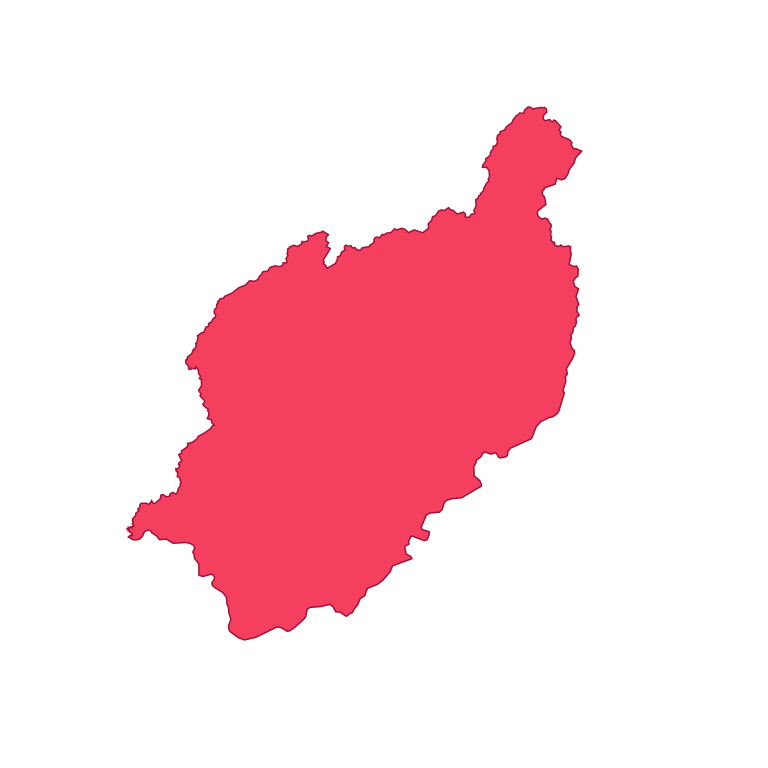 outline of Kapuas Hulu, Kalimantan Barat, Indonesia, rotated 324°
{"feature_id": "22746128B82886709098386", "entity_name": "Kapuas Hulu", "entity_type": "district", "adm_level": 2, "iso_a3": "IDN", "parent_name": "Indonesia", "parent_adm1": "Kalimantan Barat", "projection": "orthographic", "projection_center": [113.006, 0.834], "detail": "fine", "context": "isolated", "style": "filled", "palette": "rose", "viewbox_px": 768, "rotation_deg": 324, "n_neighbors": 0, "source": "geoboundaries", "source_scale": "gbopen_adm2", "svg_char_len": 6147}
<svg xmlns="http://www.w3.org/2000/svg" viewBox="0 0 768 768"><g transform="rotate(324 384 384)"><path d="M677.1,256.8L676.4,254.5L674.8,254.1L674.0,252.8L668.2,249.7L666.8,249.8L664.5,245.3L662.9,244.5L658.4,245.1L657.0,246.7L655.6,246.8L653.0,244.4L650.5,245.2L649.0,244.6L643.2,246.3L641.5,247.7L633.8,247.9L631.0,249.4L626.3,248.2L624.6,249.8L621.9,249.7L619.5,251.8L617.8,255.3L614.8,256.7L612.0,255.9L610.5,257.8L606.3,259.1L604.5,261.4L598.6,261.6L597.6,263.4L592.5,265.0L591.0,266.6L594.3,268.9L594.5,273.0L591.2,278.3L588.7,279.5L588.6,281.1L584.6,282.0L579.3,284.6L578.0,286.3L573.9,286.7L573.4,287.7L571.3,287.5L569.0,289.1L566.4,288.8L563.5,293.9L558.4,296.7L558.5,299.0L557.5,299.4L554.8,298.0L550.6,299.0L547.9,296.8L549.8,294.1L549.3,291.7L543.0,289.4L542.0,283.8L540.2,282.6L539.9,279.3L534.8,279.2L532.6,276.8L529.9,276.2L524.8,278.1L521.5,277.2L518.9,279.5L514.1,280.3L511.5,284.2L504.2,284.4L499.2,277.2L492.9,276.0L491.9,271.1L490.0,268.5L485.2,267.0L483.6,264.6L479.0,265.6L474.3,263.3L471.9,263.5L470.4,261.9L466.4,263.1L464.5,260.8L462.6,260.4L460.4,261.5L459.7,263.3L455.5,263.8L454.7,263.3L452.9,264.3L446.6,261.0L443.1,261.9L440.7,258.8L440.7,256.4L439.0,255.9L438.3,254.5L438.6,252.8L435.7,251.2L434.6,249.1L432.5,249.8L430.8,252.8L427.7,252.2L423.9,254.5L420.9,253.9L419.6,255.8L415.4,258.0L405.8,256.8L406.5,253.9L405.8,251.0L407.2,250.2L407.5,248.1L420.2,242.9L418.3,238.7L422.3,237.2L421.2,233.9L423.5,231.3L426.9,230.6L424.2,224.2L423.0,224.5L417.2,222.0L412.5,221.9L411.1,219.8L409.0,219.7L407.9,222.9L405.7,223.2L402.0,221.7L401.8,220.7L400.7,220.8L400.0,222.1L396.6,222.2L394.5,221.5L392.7,218.8L388.1,217.6L387.2,218.4L385.8,218.0L381.9,222.2L381.8,223.6L378.3,225.0L377.4,228.3L376.2,228.7L373.6,226.6L372.3,228.2L370.0,228.3L367.1,226.6L366.0,224.7L361.6,223.0L359.9,222.8L356.1,224.4L352.8,222.2L351.1,222.1L350.5,223.0L346.4,223.7L343.8,225.2L340.1,225.1L335.8,221.4L330.3,222.6L323.4,220.8L314.3,221.1L306.6,219.4L304.4,220.3L301.3,218.6L299.4,219.7L298.0,219.5L297.0,221.3L295.7,221.1L293.2,223.9L291.2,224.0L289.2,225.4L288.3,227.2L288.8,228.7L286.5,231.1L284.7,230.5L279.8,232.7L279.2,231.9L277.6,232.1L276.0,234.1L273.3,233.4L268.4,236.3L266.9,235.3L261.2,235.4L261.0,236.9L257.6,240.0L255.5,240.6L254.4,242.8L251.7,244.3L250.0,244.0L246.4,246.4L240.8,246.7L240.0,247.8L237.6,248.2L236.0,250.8L236.3,254.8L234.9,256.5L235.1,258.0L236.6,258.6L237.5,257.8L240.1,260.9L242.0,259.5L242.0,263.7L240.1,266.5L240.2,269.9L237.8,271.0L238.8,273.1L235.4,278.1L230.2,280.2L230.1,284.4L228.4,285.2L228.2,286.4L229.1,291.6L227.9,293.4L225.5,293.9L225.6,297.0L227.1,301.1L225.6,301.7L225.8,303.8L223.6,306.5L220.6,308.1L223.3,311.5L222.0,313.8L222.3,317.6L220.7,316.9L217.1,318.2L208.8,318.0L203.1,317.1L200.7,318.4L194.1,318.5L190.2,316.6L189.6,318.7L188.8,318.3L187.9,319.2L180.8,319.1L179.5,321.0L176.5,320.4L175.1,327.3L171.6,327.3L170.4,328.5L171.1,329.6L169.2,330.9L167.1,331.2L165.8,330.0L164.5,332.9L165.6,333.9L162.3,337.4L163.7,340.4L162.6,341.4L162.0,344.5L160.6,344.7L159.7,346.5L155.9,347.8L152.9,350.4L150.9,350.7L149.5,347.6L146.5,347.1L144.8,348.6L141.6,347.4L140.3,343.6L138.4,342.7L135.3,345.5L128.4,345.9L126.9,344.1L127.5,341.8L123.0,343.3L121.7,340.8L117.4,337.8L115.7,338.1L113.9,340.1L111.2,340.6L111.3,342.5L107.5,342.6L105.6,344.4L101.7,345.3L100.1,346.8L100.1,348.2L98.3,349.0L98.3,352.0L96.7,351.4L96.0,352.4L95.3,350.7L94.1,350.9L93.1,349.7L92.8,350.8L91.2,349.9L90.9,350.5L91.5,351.7L90.7,352.5L91.6,352.9L91.3,354.5L92.2,355.2L91.7,357.1L90.7,357.4L91.8,358.9L89.1,357.3L87.2,357.5L89.3,362.3L92.0,364.6L95.2,365.8L99.1,365.2L103.8,362.5L107.7,363.9L109.0,365.5L108.6,367.8L110.7,373.2L110.9,378.0L116.7,381.5L119.7,388.8L130.4,395.7L133.2,398.6L135.2,402.5L134.5,405.3L130.4,407.7L130.2,410.0L128.2,413.9L128.4,420.9L121.9,429.9L124.4,433.3L132.2,436.2L133.3,437.5L133.6,440.4L131.7,442.3L128.2,443.4L126.8,445.7L127.2,448.6L131.0,457.9L131.1,463.9L127.6,469.9L126.8,473.4L124.2,477.5L121.7,484.5L116.1,488.2L114.1,491.8L113.9,493.7L116.9,503.3L120.5,508.9L131.4,513.6L154.6,517.6L157.8,520.9L160.2,527.0L162.4,528.2L168.1,528.5L181.3,527.1L184.0,526.1L189.7,520.9L193.0,521.3L202.2,527.0L210.5,530.4L211.8,533.8L211.1,540.0L214.3,542.6L216.6,549.1L217.9,550.1L221.3,549.6L223.7,550.4L228.4,548.2L232.4,547.4L238.4,543.7L244.4,543.9L247.9,540.9L250.9,539.7L260.8,542.2L267.4,542.1L278.4,539.6L284.0,536.1L303.9,541.7L304.3,539.6L302.1,534.3L304.9,528.4L305.8,527.5L310.1,528.3L311.3,525.8L316.0,523.2L317.5,523.6L324.5,534.4L327.3,535.3L332.0,532.4L333.8,530.1L329.3,524.1L329.8,521.8L341.4,514.8L345.5,515.5L353.4,520.2L357.2,519.8L362.6,515.7L365.8,514.8L371.3,516.6L380.0,521.7L402.6,523.8L403.8,522.6L404.7,518.4L402.9,511.4L408.2,503.5L411.7,502.1L414.0,500.0L419.2,499.9L424.0,498.0L425.6,498.3L429.4,503.6L433.6,505.1L434.2,506.5L433.6,510.7L434.7,512.1L440.0,514.6L441.9,514.2L445.0,511.2L448.3,510.2L471.2,514.9L482.1,508.0L488.9,506.6L498.2,508.3L501.2,509.7L505.4,509.9L509.1,509.0L524.6,497.3L525.0,494.4L532.5,488.9L535.1,484.6L538.1,483.8L540.7,478.7L551.2,474.4L556.3,471.3L557.6,468.7L557.0,466.3L558.8,459.8L562.4,457.4L564.3,453.8L566.8,453.5L570.1,449.9L573.2,449.4L576.5,446.7L576.8,445.0L578.6,443.3L582.2,443.2L583.1,437.8L586.4,434.6L588.2,434.3L590.7,426.1L597.3,421.4L595.7,417.4L597.4,412.3L601.1,410.7L604.3,410.7L608.7,405.1L609.0,401.5L606.5,400.6L604.1,396.0L612.0,388.9L612.8,386.2L615.6,382.6L614.8,381.0L609.7,378.3L608.7,375.5L607.5,375.9L605.5,374.6L603.5,371.9L605.1,370.2L605.0,369.1L603.9,369.0L603.7,365.7L606.2,363.3L606.4,361.3L609.0,358.7L608.7,357.0L612.4,354.5L613.0,352.5L612.5,351.5L613.3,346.7L611.6,344.3L608.4,343.1L607.3,339.0L608.8,335.2L610.4,334.4L620.5,333.9L623.7,327.3L623.7,323.1L625.7,321.0L628.0,320.7L628.9,319.6L639.9,322.9L644.7,319.2L647.8,323.3L651.0,324.2L656.1,322.2L660.1,319.3L667.8,316.9L671.6,313.8L680.8,311.8L677.6,306.5L675.7,305.1L676.0,300.6L677.9,299.2L677.7,295.3L673.1,288.1L673.3,285.5L675.1,284.4L675.1,281.4L678.3,279.9L677.5,271.9L676.7,270.4L675.0,270.9L673.5,269.6L673.5,267.5L669.1,265.7L668.4,263.2L671.3,260.3L675.4,259.8L677.1,256.8Z" fill="#f43f5e" stroke="#9f1239" stroke-width="1.5"/></g></svg>